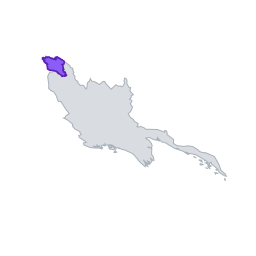 Puta-O, Kachin, Myanmar (highlighted), rotated 305°
{"feature_id": "60261553B82845282425117", "entity_name": "Puta-O", "entity_type": "district", "adm_level": 2, "iso_a3": "MMR", "parent_name": "Myanmar", "parent_adm1": "Kachin", "projection": "equal_earth", "projection_center": [97.732, 27.257], "detail": "fine", "context": "in_parent", "style": "filled", "palette": "violet", "viewbox_px": 256, "rotation_deg": 305, "n_neighbors": 0, "source": "geoboundaries", "source_scale": "gbopen_adm2", "svg_char_len": 7679}
<svg xmlns="http://www.w3.org/2000/svg" viewBox="0 0 256 256"><g transform="rotate(305 128 128)"><path d="M158.3,113.3L156.3,112.0L154.8,113.2L152.5,112.7L152.8,115.3L151.5,116.1L149.1,115.8L147.8,119.7L143.0,120.7L139.8,120.0L138.1,123.4L138.0,127.3L137.1,129.6L137.5,133.7L135.4,134.8L134.2,134.5L134.9,136.4L136.5,137.2L137.4,141.4L137.1,143.1L143.6,152.9L145.6,160.5L147.1,159.5L147.6,160.3L147.0,162.3L145.0,163.9L144.7,172.0L141.4,174.0L141.5,176.7L141.9,178.6L144.8,184.1L148.1,187.8L149.9,191.8L150.3,197.6L149.8,200.0L150.7,203.5L152.3,205.8L154.2,215.1L150.4,223.2L146.6,228.6L146.1,234.3L144.8,236.2L144.2,234.4L143.9,228.4L145.8,224.7L146.4,217.4L147.6,215.8L147.0,215.1L145.5,215.6L146.0,209.7L145.1,209.5L145.8,208.2L144.9,198.5L141.9,191.6L141.5,188.6L141.1,192.6L140.7,191.9L140.6,186.5L138.9,180.6L139.1,180.1L139.9,180.6L139.2,179.3L138.6,179.6L138.1,178.1L137.2,166.0L136.0,164.2L136.5,159.0L137.3,157.7L134.2,158.2L132.8,153.8L132.7,151.4L129.6,147.8L130.1,148.9L129.6,150.1L130.1,152.2L128.8,156.0L127.5,157.8L125.8,158.5L124.5,157.4L124.2,155.4L123.7,155.3L124.9,159.2L119.9,162.5L119.1,164.8L116.6,167.8L115.8,167.4L116.2,163.3L114.7,166.6L112.6,166.6L112.2,162.3L111.3,164.8L110.1,165.6L110.5,158.4L110.2,160.5L108.2,163.4L106.2,164.3L106.7,158.3L109.3,148.9L109.6,145.8L108.2,138.3L106.0,132.0L106.6,131.9L105.1,130.1L104.9,125.4L104.0,127.1L103.9,130.0L101.9,128.5L100.1,124.5L100.8,124.1L103.0,126.0L104.2,124.9L104.5,123.6L101.2,119.7L102.0,118.1L100.9,118.1L98.0,116.2L97.2,116.5L97.5,118.2L96.9,118.7L95.8,116.1L96.7,114.9L96.0,114.8L96.4,112.6L96.2,112.2L94.8,115.2L94.0,114.5L94.9,113.0L94.5,112.1L93.3,110.4L93.4,113.5L90.4,108.6L88.8,101.8L90.1,100.1L92.5,102.1L92.3,93.8L93.4,92.0L95.8,93.5L96.5,91.4L97.4,90.8L96.8,85.1L97.6,81.5L99.3,80.8L99.6,77.9L99.9,73.9L99.2,69.5L100.6,70.5L102.3,70.1L106.1,71.6L107.6,66.5L111.2,58.0L109.9,56.1L110.2,54.9L113.4,50.5L115.0,46.6L114.3,43.1L115.0,40.2L117.9,38.4L124.2,32.6L128.8,31.8L130.7,34.1L132.0,34.3L130.1,28.9L134.0,24.9L133.9,21.7L135.7,18.3L136.7,18.5L137.7,20.1L138.7,20.1L140.5,22.5L142.2,29.3L143.5,28.1L145.2,29.0L146.0,39.0L145.6,44.9L144.5,46.2L145.3,48.6L143.7,49.5L142.5,51.8L140.9,52.0L139.8,55.2L138.1,55.7L137.2,58.2L137.4,60.1L136.1,61.2L135.6,64.5L136.8,65.8L137.2,67.5L135.9,71.2L137.0,71.4L141.5,68.9L144.7,69.4L146.9,68.8L145.6,71.3L146.9,74.6L147.2,79.6L152.0,81.0L152.8,82.3L151.7,83.9L150.1,92.0L156.4,93.2L156.7,96.3L158.0,97.5L158.2,99.2L159.1,99.8L162.5,99.7L164.5,97.6L167.1,96.6L167.2,98.4L166.6,99.7L163.8,101.6L161.9,105.3L161.8,106.2L162.7,106.9L159.4,108.4L158.3,113.3ZM102.0,122.2L104.1,123.8L103.7,124.9L102.4,125.0L101.4,123.0L102.0,122.2ZM142.5,204.3L143.9,206.7L142.6,208.4L142.5,204.3ZM101.7,132.6L100.7,131.7L100.0,130.4L102.2,130.4L101.7,132.6ZM144.4,214.8L144.5,218.0L143.7,217.7L143.1,215.0L144.4,214.8ZM109.3,164.2L107.9,166.3L107.7,164.5L109.6,162.0L109.3,164.2ZM136.0,161.5L135.1,160.8L135.0,159.0L135.7,158.5L136.2,159.4L136.0,161.5ZM141.7,218.7L141.6,217.7L142.4,215.1L142.3,217.3L141.7,218.7ZM141.3,224.7L142.4,227.2L142.2,227.6L141.2,225.7L140.5,225.9L141.3,224.7ZM145.2,213.0L144.0,213.7L143.9,211.4L145.2,213.0ZM142.4,236.0L140.8,238.1L141.0,236.9L142.4,236.0ZM95.5,116.5L96.0,119.0L95.1,116.0L95.5,116.5ZM142.6,199.2L142.5,201.2L142.1,198.0L142.6,199.2ZM100.1,118.3L100.3,119.9L99.4,117.6L100.1,118.3ZM141.0,210.6L140.1,209.6L140.4,208.9L140.9,209.1L141.0,210.6ZM140.3,207.8L139.8,209.1L139.2,208.3L139.7,207.7L140.3,207.8ZM140.5,215.7L140.5,216.8L139.9,214.1L140.5,215.7ZM111.4,166.6L110.7,166.6L111.6,165.3L111.7,165.8L111.4,166.6ZM144.6,225.0L144.0,224.7L144.5,223.5L144.6,225.0Z" fill="#d9dde1" stroke="#a8b0b8" stroke-width="1"/><path d="M145.8,37.6L146.0,37.2L146.2,36.9L146.1,36.5L146.0,36.0L146.0,35.7L146.0,35.4L146.2,35.0L146.0,34.7L145.9,34.8L145.8,34.7L145.7,34.1L145.8,34.0L145.7,33.5L145.6,33.3L145.7,33.1L145.9,33.0L145.8,32.9L145.9,32.7L145.9,32.3L145.9,32.2L146.0,31.8L145.9,31.7L145.7,31.4L145.6,31.2L145.7,30.8L145.5,30.7L145.7,30.4L145.6,30.2L145.6,29.7L145.6,29.4L145.7,29.2L145.4,28.9L145.2,29.1L144.9,29.0L144.7,29.1L144.7,28.9L144.4,28.2L144.3,28.3L144.2,28.5L144.1,28.4L143.7,28.3L143.6,28.1L143.4,28.0L143.4,28.3L143.3,28.8L143.4,29.1L143.3,29.3L143.1,29.4L143.0,29.7L142.8,29.8L142.6,29.7L142.4,29.6L142.3,29.3L142.3,28.9L142.2,28.6L142.2,28.4L142.1,28.1L141.9,28.0L141.9,27.9L141.7,27.7L141.6,27.3L141.6,27.2L141.8,27.2L141.7,27.0L141.5,26.9L141.5,26.7L141.6,26.3L141.4,26.3L141.2,26.1L141.1,25.8L141.2,25.6L141.4,25.6L141.4,25.3L141.3,24.9L140.9,24.8L140.8,24.6L140.8,24.2L140.9,23.9L140.8,23.7L141.0,23.0L140.8,22.5L140.7,22.3L140.5,22.2L140.4,22.0L140.3,21.8L140.1,21.9L140.1,22.0L139.9,22.0L139.7,21.8L139.7,21.7L139.8,21.4L139.7,21.0L139.6,20.8L139.4,20.8L139.3,20.7L139.3,20.4L139.2,20.5L139.1,20.4L138.9,20.0L138.5,20.0L138.3,20.1L138.3,20.4L137.9,20.4L137.9,20.1L137.7,19.9L137.4,19.7L137.5,19.5L137.4,19.3L137.4,18.9L137.3,18.5L137.0,18.4L137.0,18.2L136.8,18.2L136.7,18.0L136.4,18.2L136.3,18.3L136.2,18.2L136.0,17.9L135.9,18.0L135.7,18.2L135.7,18.4L135.6,18.5L135.4,18.5L135.4,18.8L135.5,19.0L135.4,19.2L135.4,19.3L135.4,19.6L135.2,19.7L135.2,19.8L135.4,20.3L135.6,20.4L135.4,20.6L135.2,20.6L135.1,20.8L135.2,21.0L134.8,20.9L134.7,20.8L134.5,21.0L134.6,21.3L134.4,21.5L134.2,21.4L134.1,21.7L134.2,21.9L134.1,22.1L134.2,22.3L133.9,22.5L133.9,22.8L134.0,23.0L133.9,23.0L133.8,23.3L133.8,23.5L134.0,23.5L134.1,23.4L134.3,23.8L134.5,24.0L134.4,24.1L134.4,24.3L134.2,24.4L134.2,24.6L134.3,24.7L134.3,24.9L134.3,25.0L134.3,25.4L134.2,25.6L133.8,25.4L133.7,25.1L133.5,25.3L133.4,25.2L133.2,25.3L133.1,25.5L132.5,26.1L132.4,26.3L132.2,26.5L131.9,26.8L131.9,27.0L131.6,27.0L131.3,27.2L131.2,27.3L131.0,27.7L131.0,27.9L130.9,27.9L130.8,28.1L130.6,28.0L130.5,28.3L130.4,28.4L130.4,28.5L130.2,28.6L130.3,28.9L130.2,29.1L130.3,29.2L130.3,29.3L130.4,29.5L130.5,29.8L130.3,30.0L130.3,30.4L130.5,30.6L130.5,30.8L130.8,31.0L130.8,31.3L130.9,31.6L131.0,31.6L131.1,31.9L131.3,32.1L131.5,32.3L131.6,32.5L131.8,32.9L131.9,33.2L132.1,33.4L132.2,33.6L132.3,33.7L132.4,33.9L132.5,34.0L132.4,34.2L132.3,34.5L132.4,34.9L132.6,35.1L132.6,35.3L132.8,35.5L133.1,36.3L133.2,36.6L133.2,36.8L133.3,36.9L133.2,37.0L133.4,37.2L133.5,37.3L133.5,37.5L133.4,37.8L133.1,37.9L133.0,38.0L133.1,38.7L133.3,38.9L133.3,39.1L133.1,39.2L132.9,39.2L132.7,39.2L132.6,39.3L132.6,39.5L132.6,39.8L132.7,40.0L132.9,40.4L132.9,41.0L133.0,41.3L132.9,41.4L132.9,41.6L133.0,42.2L132.9,42.6L133.1,42.9L133.1,43.0L132.9,43.2L132.9,43.4L132.8,43.7L132.6,43.8L132.6,44.2L132.5,44.3L132.8,44.6L132.7,44.7L132.8,44.8L133.1,44.9L133.4,45.1L133.5,45.0L133.6,45.3L133.6,45.5L133.8,45.8L133.9,46.2L134.0,46.3L134.1,46.5L134.1,46.4L134.4,46.7L134.5,46.6L134.5,46.3L134.7,46.1L134.9,46.2L135.1,46.3L135.2,46.2L135.2,46.3L135.3,46.2L135.4,46.3L135.5,46.5L135.6,46.8L135.6,47.1L135.6,47.3L135.8,47.4L136.0,47.4L136.0,47.2L135.9,47.1L135.9,46.9L136.0,46.9L136.1,47.0L136.2,46.9L136.2,46.6L136.3,46.2L136.5,46.0L136.7,45.4L137.0,45.4L137.2,45.1L137.4,45.1L137.5,45.0L137.5,44.9L137.4,44.6L137.5,44.5L137.3,44.4L137.2,44.1L137.3,43.9L137.0,43.4L137.3,43.3L137.4,43.5L137.6,43.3L137.6,42.9L137.5,42.7L137.8,42.5L137.8,42.4L137.8,42.1L137.6,41.8L137.6,41.7L137.8,41.6L138.0,41.9L138.2,41.6L138.3,41.4L138.6,41.2L139.0,41.5L139.0,41.4L139.1,41.1L139.3,40.8L139.6,40.8L139.8,40.8L139.9,40.6L140.1,40.6L140.2,40.4L140.3,40.3L140.4,40.2L140.4,40.3L140.5,40.2L140.6,39.8L140.8,39.8L140.8,39.7L141.0,39.4L141.3,39.2L141.7,38.6L142.0,37.9L142.1,38.3L142.3,38.3L142.4,38.5L142.5,38.6L142.8,38.5L143.0,38.4L143.3,38.6L143.5,38.8L143.9,38.8L144.1,38.7L144.4,38.3L144.7,38.3L144.8,38.4L145.0,38.4L145.3,37.9L145.6,37.8L145.8,37.6Z" fill="#8b5cf6" stroke="#5b21b6" stroke-width="1.5"/></g></svg>